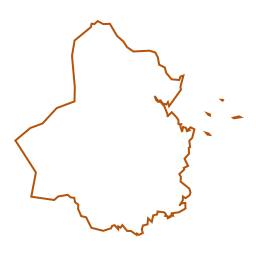 the district of Mocimboa Da Praia, Cabo Delgado, Mozambique
{"feature_id": "85939544B54758933622764", "entity_name": "Mocimboa Da Praia", "entity_type": "district", "adm_level": 2, "iso_a3": "MOZ", "parent_name": "Mozambique", "parent_adm1": "Cabo Delgado", "projection": "natural_earth1", "projection_center": [40.265, -11.404], "detail": "medium", "context": "isolated", "style": "outline", "palette": "amber", "viewbox_px": 256, "rotation_deg": 0, "n_neighbors": 0, "source": "geoboundaries", "source_scale": "gbopen_adm2", "svg_char_len": 1876}
<svg xmlns="http://www.w3.org/2000/svg" viewBox="0 0 256 256"><path d="M178.9,212.3L185.5,208.5L185.3,202.9L181.4,203.4L179.3,205.7L182.8,200.4L182.9,196.5L185.4,198.2L189.5,195.4L190.5,192.5L189.3,188.6L180.6,181.6L180.9,176.8L179.3,174.1L184.2,169.5L183.8,167.9L188.1,165.9L184.5,158.7L189.0,153.7L188.8,147.8L190.1,147.1L189.3,140.8L192.2,137.9L194.4,129.3L190.6,127.3L188.5,129.2L189.6,130.2L186.9,131.2L186.1,128.0L183.1,126.9L182.1,131.9L180.3,126.1L181.1,124.2L178.5,124.1L178.4,120.0L176.3,117.0L171.7,112.2L167.2,116.7L167.8,114.9L164.3,106.2L160.4,101.8L158.0,101.8L156.0,99.8L154.7,96.0L158.1,100.9L160.6,100.4L162.5,103.4L166.3,104.5L167.9,102.1L169.1,106.2L181.0,89.6L180.4,87.0L183.4,75.5L180.5,76.6L179.2,80.0L171.6,79.3L166.2,72.9L164.8,67.5L159.1,64.7L157.9,57.4L155.2,52.4L149.5,50.7L133.4,51.5L127.0,47.1L123.6,41.7L117.0,35.9L109.9,23.8L103.4,24.1L97.6,21.1L94.5,24.0L91.6,23.7L90.9,27.1L74.6,40.5L72.0,55.8L74.8,87.0L74.5,101.4L56.7,108.1L42.5,123.5L30.5,127.9L15.4,140.5L35.9,172.4L31.3,196.7L54.2,200.0L58.1,196.5L67.7,194.8L70.6,197.4L74.2,197.8L75.1,202.2L78.3,204.7L78.1,208.9L81.2,216.1L86.1,217.3L91.4,227.8L103.2,230.8L111.1,228.3L112.1,225.9L114.6,225.2L118.2,229.2L118.2,226.4L120.5,227.7L122.4,225.1L127.1,230.9L130.9,231.0L136.7,234.9L137.0,233.6L139.0,234.9L142.8,233.0L141.8,229.3L143.0,225.5L147.5,224.4L148.1,218.4L151.8,221.9L153.2,215.4L157.0,214.5L157.6,211.5L164.3,212.4L166.0,214.4L165.2,215.9L167.4,216.2L167.8,218.2L169.1,217.5L168.6,216.0L169.6,217.3L170.8,216.5L169.8,215.6L171.5,216.1L171.6,214.1L172.9,215.1L172.4,213.2L178.9,212.3ZM240.6,117.2L239.1,116.4L233.1,117.8L233.7,118.3L240.6,117.2ZM209.8,134.9L208.7,133.6L206.0,132.8L207.5,134.6L209.8,134.9ZM210.0,115.5L209.9,114.4L207.2,113.4L208.5,115.0L210.0,115.5ZM221.4,99.8L222.4,100.7L223.1,100.1L222.9,99.9L221.4,99.8Z" fill="none" stroke="#b45309" stroke-width="2"/></svg>